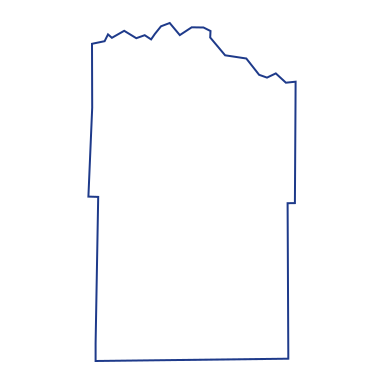 outline of Mineral, Colorado, United States of America
{"feature_id": "52423323B56344339694103", "entity_name": "Mineral", "entity_type": "district", "adm_level": 2, "iso_a3": "USA", "parent_name": "United States of America", "parent_adm1": "Colorado", "projection": "albers", "projection_center": [-106.92, 37.684], "detail": "fine", "context": "isolated", "style": "outline", "palette": "blue", "viewbox_px": 384, "rotation_deg": 0, "n_neighbors": 0, "source": "geoboundaries", "source_scale": "gbopen_adm2", "svg_char_len": 506}
<svg xmlns="http://www.w3.org/2000/svg" viewBox="0 0 384 384"><path d="M288.3,354.1L287.6,203.2L294.9,203.1L295.5,103.9L295.6,81.7L285.9,82.7L275.8,73.4L267.0,77.6L259.1,74.8L246.3,58.5L225.1,55.3L210.2,37.5L210.5,31.0L203.5,27.5L191.7,27.3L179.8,35.1L169.7,23.0L161.0,26.3L154.9,33.9L151.1,39.4L144.7,35.2L136.3,38.2L124.2,30.8L111.9,37.8L108.0,34.4L104.6,41.2L92.0,43.8L92.2,107.7L88.4,196.6L98.2,196.9L95.6,343.2L95.6,361.0L288.3,358.7L288.3,354.1Z" fill="none" stroke="#1e3a8a" stroke-width="2"/></svg>